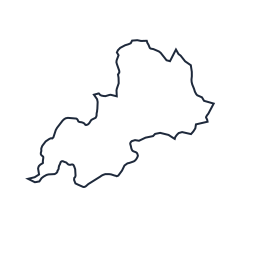 outline of Wangdi Phodrang, rotated 208°
{"feature_id": "BTN-2487", "entity_name": "Wangdi Phodrang", "entity_type": "District", "adm_level": 1, "iso_a3": "BTN", "parent_name": "Bhutan", "parent_adm1": "", "projection": "albers", "projection_center": [90.204, 27.588], "detail": "fine", "context": "isolated", "style": "outline", "palette": "slate", "viewbox_px": 256, "rotation_deg": 208, "n_neighbors": 0, "source": "natural_earth", "source_scale": "10m", "svg_char_len": 2995}
<svg xmlns="http://www.w3.org/2000/svg" viewBox="0 0 256 256"><g transform="rotate(208 128 128)"><path d="M136.7,210.1L134.4,209.7L125.8,205.9L122.3,206.7L122.5,219.8L118.1,217.0L115.5,216.6L108.9,213.7L102.0,212.9L98.0,207.5L95.9,203.6L95.0,201.3L94.6,200.4L93.4,198.5L91.7,196.6L88.1,193.6L86.0,191.5L83.6,189.9L82.2,189.4L77.1,189.8L73.6,187.7L63.8,189.8L63.8,178.3L64.2,176.2L64.2,174.2L63.9,173.8L63.4,173.5L62.0,172.5L60.7,170.9L69.7,163.1L68.4,159.3L68.7,155.7L69.5,152.2L78.3,149.8L80.9,147.3L81.6,145.0L81.9,143.0L82.0,142.1L81.6,140.3L81.8,140.3L88.8,140.9L89.0,140.9L97.3,138.8L101.3,135.5L102.1,132.6L108.0,127.7L112.3,121.9L116.1,120.6L118.5,118.2L118.9,117.0L118.9,115.6L118.3,114.7L117.0,113.4L115.6,111.7L114.4,110.6L113.2,110.0L112.0,110.0L109.8,110.3L108.6,110.2L107.5,109.5L106.2,108.1L106.0,106.2L106.1,104.2L106.5,102.7L106.9,101.7L107.6,100.8L110.2,98.0L111.9,96.5L113.5,93.2L113.3,87.6L114.2,81.5L114.7,80.8L115.4,80.1L116.1,80.1L116.9,79.9L117.7,79.7L121.2,79.1L123.0,78.4L126.4,76.6L127.9,75.0L129.0,73.5L129.6,72.2L136.7,59.9L137.9,56.7L138.6,55.7L139.4,55.1L140.2,54.9L145.7,54.5L148.4,54.4L151.2,56.8L151.7,57.9L152.0,58.8L151.8,59.3L151.7,59.8L151.7,60.3L152.0,61.4L155.3,66.8L157.6,68.9L159.0,69.8L160.0,69.7L160.8,69.2L161.8,68.3L162.8,67.9L163.9,67.8L166.2,68.5L167.2,68.4L168.3,68.2L170.0,68.1L171.0,67.4L171.4,66.4L171.3,65.3L171.1,64.2L171.1,62.3L170.9,61.5L170.6,60.5L170.2,59.6L170.0,58.8L170.2,57.3L169.8,56.2L170.1,54.6L171.1,52.9L176.4,49.7L177.9,48.3L179.7,45.5L180.8,43.1L181.2,39.2L183.7,37.2L184.8,36.4L192.4,36.2L187.3,40.7L184.7,45.2L188.3,49.9L188.7,51.3L188.8,52.6L188.3,54.3L187.8,55.2L187.4,56.0L187.0,56.4L186.8,56.8L186.7,57.2L186.9,57.6L187.4,58.3L187.8,59.2L188.3,60.6L188.8,61.9L189.2,62.6L189.6,62.9L191.6,63.3L192.1,63.6L192.6,63.9L193.1,64.7L193.4,65.5L193.7,66.9L194.1,67.7L194.5,68.3L194.9,69.1L195.1,70.2L195.3,72.0L194.4,77.5L192.5,81.1L191.5,82.5L190.6,83.1L190.1,83.1L189.7,84.0L189.5,84.8L190.8,92.3L190.7,95.0L189.2,103.8L188.5,105.8L187.6,107.3L185.9,108.7L178.2,112.0L177.4,112.0L176.5,111.7L174.9,110.5L174.0,110.5L173.1,110.7L171.9,111.2L170.5,111.5L169.5,111.5L168.9,111.5L168.3,111.3L167.7,111.0L167.1,110.8L166.5,110.9L165.9,111.4L165.2,112.2L164.8,113.0L164.5,114.2L164.2,117.7L163.6,118.8L161.4,121.8L161.4,123.2L161.6,124.2L162.4,125.8L162.7,126.6L162.9,127.4L163.0,127.9L163.7,129.5L164.0,130.4L167.0,136.7L168.8,138.9L173.7,141.4L171.9,143.1L171.2,143.7L170.6,144.4L170.2,144.7L169.6,144.8L168.8,144.3L167.8,144.1L166.5,144.2L164.3,144.9L162.8,145.6L159.9,148.5L158.9,149.2L152.8,150.7L155.8,155.8L156.3,157.4L157.2,163.1L159.9,167.9L162.0,170.6L161.8,171.3L161.9,172.1L161.7,172.7L162.0,173.5L162.8,174.6L167.8,179.2L169.1,180.6L169.8,182.4L170.5,187.8L173.3,189.5L173.4,192.0L172.5,195.1L169.4,199.7L167.0,202.1L165.4,204.1L165.4,207.1L161.0,209.9L157.3,211.0L152.4,213.8L150.8,212.2L149.1,211.2L146.6,209.1L145.9,208.8L145.1,208.8L142.6,209.6L136.7,210.1Z" fill="none" stroke="#1e293b" stroke-width="2"/></g></svg>